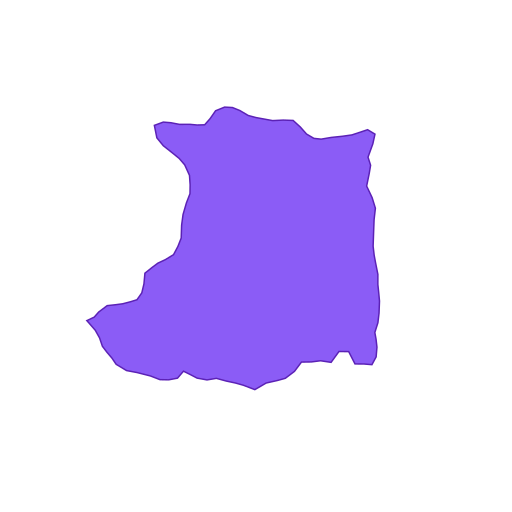 Dumont, São Paulo, Brazil, rotated 303°
{"feature_id": "56859067B60617359221879", "entity_name": "Dumont", "entity_type": "district", "adm_level": 2, "iso_a3": "BRA", "parent_name": "Brazil", "parent_adm1": "São Paulo", "projection": "mercator", "projection_center": [-47.981, -21.246], "detail": "fine", "context": "isolated", "style": "filled", "palette": "violet", "viewbox_px": 512, "rotation_deg": 303, "n_neighbors": 0, "source": "geoboundaries", "source_scale": "gbopen_adm2", "svg_char_len": 1507}
<svg xmlns="http://www.w3.org/2000/svg" viewBox="0 0 512 512"><g transform="rotate(303 256 256)"><path d="M219.4,397.8L224.3,405.5L228.0,412.4L236.8,411.7L245.4,407.1L251.6,402.0L256.6,397.3L266.4,394.6L275.1,390.3L285.5,384.1L292.7,378.4L298.5,373.7L307.0,368.2L315.3,360.1L321.1,354.6L328.0,348.9L340.3,341.5L350.7,335.3L361.1,330.1L368.2,321.6L374.9,310.7L386.9,306.0L394.5,302.7L399.9,296.1L413.7,292.9L423.0,289.4L422.7,280.8L409.8,270.5L403.6,263.4L396.4,254.5L389.5,247.0L386.2,240.5L385.8,231.9L388.3,223.0L389.9,213.3L384.8,204.8L378.6,196.2L374.9,187.3L372.1,180.6L369.6,172.9L369.2,163.2L367.7,155.4L363.8,148.6L355.8,143.0L346.3,142.7L338.1,141.5L333.8,135.3L330.4,128.8L324.7,120.1L321.4,112.0L317.8,105.3L310.2,99.6L301.1,108.5L298.0,118.2L297.1,127.8L296.0,138.4L293.6,146.6L287.4,156.3L279.8,162.0L272.3,166.7L262.7,168.7L251.1,172.2L241.4,176.8L230.3,183.5L221.5,185.3L212.2,186.1L203.3,181.8L196.6,177.6L190.1,175.2L181.1,172.2L171.6,177.2L162.9,180.3L154.5,180.0L149.2,175.6L143.3,170.2L138.6,164.7L133.3,158.2L123.4,154.6L116.6,153.6L109.7,149.3L106.2,161.6L102.1,169.4L96.6,176.4L94.1,183.4L91.9,190.8L89.0,197.7L89.4,209.8L93.5,219.8L97.9,232.8L100.0,242.8L104.6,250.2L110.8,256.7L119.9,257.9L120.8,265.6L121.5,273.1L125.4,282.4L131.8,289.4L134.9,299.1L138.3,308.0L140.7,315.7L143.3,327.8L155.0,333.7L163.3,341.8L169.4,347.2L180.2,351.1L191.8,351.9L197.3,360.1L203.3,367.2L207.7,376.9L221.1,377.6L226.3,385.8L219.4,397.8Z" fill="#8b5cf6" stroke="#5b21b6" stroke-width="1.5"/></g></svg>